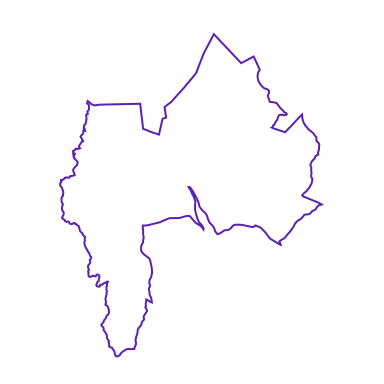 outline of Maragwa, Central, Kenya, rotated 263°
{"feature_id": "3690345B66962140424276", "entity_name": "Maragwa", "entity_type": "district", "adm_level": 2, "iso_a3": "KEN", "parent_name": "Kenya", "parent_adm1": "Central", "projection": "albers", "projection_center": [37.15, -0.878], "detail": "fine", "context": "isolated", "style": "outline", "palette": "violet", "viewbox_px": 384, "rotation_deg": 263, "n_neighbors": 0, "source": "geoboundaries", "source_scale": "gbopen_adm2", "svg_char_len": 5865}
<svg xmlns="http://www.w3.org/2000/svg" viewBox="0 0 384 384"><g transform="rotate(263 192 192)"><path d="M346.0,232.9L328.1,220.5L309.4,210.5L296.6,196.9L283.6,181.9L282.3,179.5L279.7,175.1L269.0,175.4L268.2,171.7L253.0,166.2L255.9,160.0L260.7,151.2L285.9,151.3L290.0,110.4L289.8,106.7L290.0,105.5L290.9,103.5L295.0,99.6L292.6,98.6L291.8,99.7L290.7,100.3L287.4,99.9L285.9,99.4L285.0,98.4L284.3,97.9L282.2,98.1L281.9,97.0L281.2,96.2L280.1,96.4L278.3,96.1L277.4,96.3L276.7,95.9L274.4,95.4L272.2,94.4L271.9,93.4L271.0,92.9L270.1,92.9L269.2,92.4L268.2,93.0L265.7,93.4L265.9,92.4L266.7,91.9L265.9,91.6L264.0,91.3L263.2,91.0L261.4,88.8L260.4,88.1L258.4,89.2L257.5,89.5L256.7,89.4L255.9,90.2L255.3,89.5L254.9,88.3L251.8,85.8L250.8,85.2L249.8,85.6L249.1,86.2L248.7,85.1L248.7,83.1L249.2,82.0L247.4,80.3L247.4,79.1L246.6,78.7L245.5,79.1L244.4,78.6L243.9,79.3L244.8,79.7L244.4,80.4L243.5,80.2L242.1,78.6L241.4,78.8L240.9,79.4L239.7,79.1L239.2,79.8L237.3,81.1L236.3,81.8L235.3,82.1L233.5,81.5L232.3,80.7L231.6,79.6L229.1,77.0L228.2,76.7L226.1,76.9L225.1,77.4L223.1,77.7L222.8,76.8L222.5,72.8L221.5,72.4L221.2,71.5L221.2,70.4L221.8,69.7L221.8,68.5L221.5,67.6L220.7,67.1L220.5,66.1L219.5,64.5L219.9,63.5L218.7,63.2L217.7,63.4L216.9,62.5L215.9,61.9L215.1,62.1L214.3,62.0L213.3,62.8L210.9,63.8L209.9,63.6L209.1,64.2L206.8,64.2L204.9,63.4L204.1,63.6L202.7,62.1L200.3,61.5L197.8,61.4L196.2,62.3L194.5,62.0L193.6,61.4L192.6,61.0L189.8,60.9L188.1,61.9L186.7,62.2L184.8,61.5L182.4,59.9L181.5,60.1L179.6,62.3L178.5,62.5L177.6,63.9L177.9,65.0L177.5,66.0L176.3,66.4L175.3,67.2L174.8,68.3L174.8,69.2L175.8,71.0L175.5,71.8L174.6,72.1L174.2,73.3L173.1,73.8L172.0,75.4L166.7,76.2L166.0,76.6L164.8,77.9L161.7,79.1L161.1,80.0L160.3,80.3L159.2,79.9L157.0,79.8L155.3,79.1L153.9,78.9L152.5,79.0L149.0,80.0L148.2,80.5L144.5,81.9L144.0,82.5L143.0,82.6L140.5,83.3L139.4,84.2L138.2,83.5L136.9,82.2L135.0,82.5L134.2,82.2L133.3,81.6L131.8,80.0L129.4,79.6L127.2,80.3L125.8,79.2L125.0,79.4L121.9,79.1L120.9,79.2L120.2,80.1L120.2,81.1L121.0,83.6L120.2,85.1L120.1,86.1L120.4,86.8L121.5,87.1L121.6,88.0L121.5,88.9L120.7,89.5L119.6,89.9L117.5,89.3L116.2,88.6L115.2,88.7L114.3,87.2L111.2,85.6L110.2,86.1L109.7,86.8L109.3,88.4L109.6,89.1L111.2,89.7L110.9,91.5L112.1,93.3L112.5,94.9L113.4,96.5L113.2,97.5L111.1,96.4L109.3,96.3L108.3,95.5L105.7,95.2L103.6,95.4L101.9,94.7L100.9,94.7L96.9,93.2L95.4,93.0L93.0,93.3L91.1,92.4L90.2,92.6L89.8,93.6L88.9,94.3L85.6,95.1L82.3,94.9L80.8,94.0L80.1,93.3L79.7,92.3L77.5,91.2L76.6,90.4L75.9,89.5L73.4,88.1L71.4,85.8L70.5,85.8L68.6,87.3L67.6,87.7L65.7,87.4L63.4,88.8L61.2,89.7L60.3,90.0L57.7,89.8L56.6,90.1L53.9,91.5L52.9,90.9L50.4,91.2L49.3,90.9L48.2,91.3L47.3,93.6L46.1,93.9L44.2,95.2L40.0,96.0L39.1,96.0L38.3,96.6L38.0,97.4L38.0,98.2L38.7,100.3L39.7,100.9L41.0,102.3L42.4,104.5L44.0,108.2L44.0,109.3L43.4,113.1L43.2,115.6L45.1,116.2L46.8,117.4L47.8,117.8L49.8,118.1L50.8,117.8L51.9,117.9L55.6,119.2L57.5,120.3L62.2,121.5L63.2,122.0L63.6,122.8L66.4,125.5L68.2,126.0L69.4,126.8L71.2,128.8L72.2,128.9L73.9,128.7L74.7,129.0L79.2,132.8L80.3,132.9L83.4,131.6L84.1,132.4L86.6,132.4L89.0,133.2L90.9,133.6L89.1,136.1L87.8,137.5L87.3,138.7L92.0,138.6L94.2,137.7L96.0,137.4L98.1,137.6L100.5,137.3L101.4,137.4L103.9,139.0L105.3,138.9L106.5,138.5L109.6,139.0L111.6,140.5L113.2,141.3L117.0,142.6L121.9,142.8L129.3,142.1L130.5,141.8L131.5,141.3L135.6,137.0L137.8,135.4L138.9,134.7L140.0,134.4L143.1,134.7L145.2,135.3L147.9,137.3L150.1,137.6L152.3,138.4L154.6,138.5L155.9,138.3L159.6,138.8L163.3,138.8L164.7,139.1L164.4,141.3L164.4,143.9L165.9,156.6L167.8,162.7L168.6,165.8L168.7,167.0L167.7,176.6L168.6,181.3L168.8,183.5L168.7,185.6L168.5,186.4L168.1,187.1L161.7,191.3L160.7,192.2L156.8,197.0L153.5,198.8L154.4,199.0L156.7,198.3L158.3,197.4L159.8,196.2L161.4,195.2L165.0,194.1L170.7,193.2L173.8,192.9L177.9,193.3L182.3,194.2L187.1,193.2L189.4,192.2L194.4,190.7L196.4,189.5L197.3,189.2L197.3,190.2L196.6,190.8L192.2,193.2L184.6,196.1L181.8,196.9L180.6,197.2L176.5,197.7L172.7,199.9L170.3,202.0L168.5,203.2L166.3,204.1L163.0,204.6L159.7,205.6L156.1,208.3L153.5,209.5L152.3,209.9L150.4,210.0L147.0,212.1L147.8,215.4L149.8,219.0L150.0,220.1L149.9,222.5L150.3,224.5L151.4,226.3L153.3,228.2L154.2,229.9L154.0,233.4L153.3,237.5L150.2,246.5L149.8,248.4L150.5,250.2L151.1,250.9L148.4,255.6L147.4,256.5L142.7,260.1L137.8,262.7L135.9,264.2L129.8,271.9L128.8,273.6L130.1,273.4L132.2,272.6L133.6,275.0L134.7,277.7L135.8,279.2L138.8,282.2L140.8,284.6L145.1,288.5L148.2,290.5L150.0,292.6L150.9,294.1L151.7,296.2L152.1,296.9L154.4,299.6L155.3,300.3L155.8,301.2L155.7,305.0L155.9,305.9L156.9,307.5L158.4,309.0L159.4,312.2L161.2,313.7L163.1,315.7L163.5,316.8L163.5,318.1L163.8,319.2L165.7,316.7L174.2,301.6L175.2,300.9L177.5,303.4L179.0,306.0L180.6,307.3L182.0,308.9L186.0,311.8L189.2,312.9L190.5,313.0L192.4,312.2L193.4,312.2L196.6,313.0L199.2,312.9L201.4,313.4L202.4,313.4L203.9,312.8L204.9,312.9L207.7,314.6L210.5,318.0L212.5,318.8L213.4,320.6L213.5,321.6L214.4,322.0L215.7,321.8L218.9,323.3L221.5,323.6L223.2,324.1L224.2,324.0L225.4,323.5L227.0,322.1L227.7,321.7L230.9,322.1L231.8,321.8L233.2,320.7L235.2,319.7L236.0,319.1L238.3,317.0L239.0,316.1L239.8,315.6L240.5,314.7L242.0,314.2L243.7,312.7L244.8,312.5L246.9,311.3L251.5,310.5L255.5,310.7L253.4,307.9L245.3,298.3L240.0,291.7L244.9,281.3L246.2,279.1L246.5,279.9L247.5,280.2L248.3,280.8L248.5,281.5L250.0,282.8L251.4,283.4L252.8,285.0L253.6,285.6L256.9,287.1L257.8,288.1L257.9,289.4L257.5,290.3L257.8,291.1L256.9,292.8L257.1,295.1L257.8,295.6L258.7,295.2L260.1,293.2L261.3,292.6L263.3,290.9L264.8,289.8L269.4,287.1L270.1,286.5L271.2,283.8L271.8,280.6L272.4,280.0L274.5,279.8L277.7,279.0L278.7,279.2L280.9,280.4L282.2,280.8L283.6,280.3L284.6,279.5L286.1,276.4L288.7,274.1L292.4,272.1L294.9,271.3L298.2,271.1L300.0,271.4L302.7,272.3L305.0,274.1L306.7,273.7L319.0,269.7L313.9,256.5L346.0,232.9Z" fill="none" stroke="#5b21b6" stroke-width="2"/></g></svg>